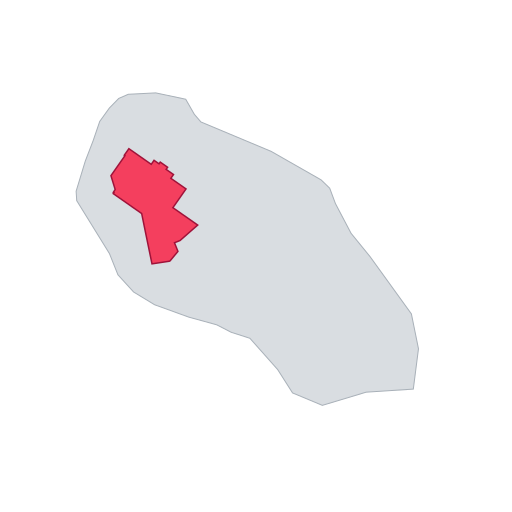 location of 95, Ar Rayyān, Qatar, rotated 125°
{"feature_id": "91078587B87782055915042", "entity_name": "95", "entity_type": "district", "adm_level": 2, "iso_a3": "QAT", "parent_name": "Qatar", "parent_adm1": "Ar Rayyān", "projection": "mercator", "projection_center": [51.234, 24.913], "detail": "fine", "context": "in_parent", "style": "filled", "palette": "rose", "viewbox_px": 512, "rotation_deg": 125, "n_neighbors": 0, "source": "geoboundaries", "source_scale": "gbopen_adm2", "svg_char_len": 985}
<svg xmlns="http://www.w3.org/2000/svg" viewBox="0 0 512 512"><g transform="rotate(125 256 256)"><path d="M276.1,450.3L255.1,455.5L235.4,461.2L218.9,461.0L205.6,458.8L196.8,453.4L179.9,431.7L167.9,403.5L175.3,387.8L177.8,378.0L161.6,303.5L156.3,246.3L158.2,234.5L167.5,221.0L182.9,191.1L191.1,162.2L214.3,95.5L238.8,69.7L274.8,50.8L304.4,87.7L340.3,116.0L347.2,147.5L336.6,173.1L326.9,213.8L332.7,232.5L334.9,248.7L344.6,275.9L354.1,311.1L355.7,335.6L350.6,358.3L338.1,377.4L313.5,434.6L306.1,440.5L276.1,450.3Z" fill="#d9dde1" stroke="#a8b0b8" stroke-width="1"/><path d="M241.0,421.7L249.0,421.7L249.0,420.9L273.4,420.9L282.3,409.5L285.7,409.4L285.6,408.7L286.8,408.7L286.8,374.0L300.2,359.9L322.1,336.7L309.9,323.9L309.3,323.6L297.0,322.6L291.9,330.4L286.9,327.1L275.0,324.2L264.1,321.5L264.1,351.8L241.2,351.8L241.2,370.3L236.6,370.3L236.6,379.3L234.0,379.3L234.0,388.3L236.1,388.3L236.1,394.4L241.0,394.4L241.0,421.7Z" fill="#f43f5e" stroke="#9f1239" stroke-width="1.5"/></g></svg>